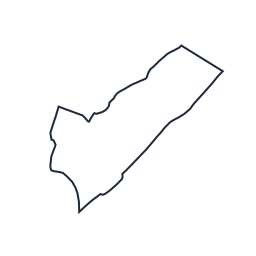 the district of Kharab Al Marashi, Al Jawf, Yemen, rotated 108°
{"feature_id": "15242507B69209447674236", "entity_name": "Kharab Al Marashi", "entity_type": "district", "adm_level": 2, "iso_a3": "YEM", "parent_name": "Yemen", "parent_adm1": "Al Jawf", "projection": "albers", "projection_center": [44.255, 16.604], "detail": "fine", "context": "isolated", "style": "outline", "palette": "slate", "viewbox_px": 256, "rotation_deg": 108, "n_neighbors": 0, "source": "geoboundaries", "source_scale": "gbopen_adm2", "svg_char_len": 1791}
<svg xmlns="http://www.w3.org/2000/svg" viewBox="0 0 256 256"><g transform="rotate(108 128 128)"><path d="M222.9,148.5L213.8,143.4L210.0,141.1L206.4,138.8L200.7,134.7L199.3,133.7L199.3,131.3L197.8,129.5L193.8,126.5L188.2,123.1L185.5,121.5L178.5,118.0L176.3,118.0L173.2,119.2L169.8,117.2L168.7,116.6L167.3,115.9L163.8,114.2L159.3,112.0L151.8,108.4L143.2,104.2L136.5,101.4L130.7,99.1L127.0,97.6L122.0,95.3L115.8,93.0L113.7,91.8L109.9,90.0L107.8,88.4L105.2,86.0L102.0,82.9L97.3,78.9L90.8,74.9L84.9,73.0L75.5,68.8L60.6,62.2L50.8,58.4L44.7,55.4L33.1,102.8L34.1,103.3L35.2,103.9L36.3,104.6L37.5,105.9L38.9,107.2L40.3,108.5L40.6,108.8L41.6,110.0L43.2,111.5L44.7,112.9L46.6,114.2L48.3,115.2L50.2,116.3L51.9,117.4L53.9,118.6L55.7,119.6L57.4,120.4L59.4,121.5L61.1,122.3L62.9,123.4L64.4,124.5L66.5,125.2L68.3,125.6L70.1,125.8L72.3,125.8L74.1,125.8L75.8,126.6L77.2,128.2L78.5,129.7L79.7,131.1L80.9,132.5L82.2,133.9L83.6,135.5L84.8,136.9L86.1,138.2L87.4,139.4L88.9,140.7L90.5,142.1L92.2,143.6L93.8,145.2L95.3,146.6L96.8,147.8L98.6,149.1L100.2,149.8L100.4,149.8L102.3,150.4L103.8,150.5L108.4,152.9L109.4,153.5L112.1,153.1L113.9,153.2L115.0,153.5L116.1,154.1L117.9,154.8L120.7,157.4L121.0,157.7L124.2,162.3L124.3,164.6L127.7,165.8L134.0,167.0L134.0,168.2L131.4,172.5L131.2,172.9L130.1,175.0L129.5,190.7L129.5,192.5L129.1,200.6L139.3,200.3L145.4,200.4L145.5,200.4L156.5,200.4L162.4,197.3L162.8,197.1L162.6,196.2L162.8,194.9L164.9,193.0L165.6,192.3L166.2,191.8L167.7,191.6L168.6,191.7L170.6,191.8L172.1,191.9L174.9,192.0L178.9,192.1L188.4,190.1L189.1,189.7L190.1,189.2L191.4,188.4L191.9,187.7L192.0,186.2L191.9,184.9L191.7,183.3L191.5,182.2L191.4,181.7L191.2,180.8L190.8,176.0L193.0,170.9L196.6,164.2L200.8,159.7L205.5,156.0L213.3,151.9L222.9,148.5Z" fill="none" stroke="#1e293b" stroke-width="2"/></g></svg>